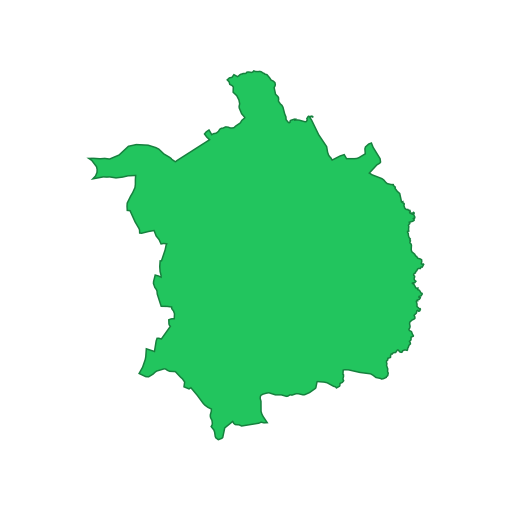 Usiacurí, Atlántico, Colombia (orthographic projection), rotated 61°
{"feature_id": "7082276B65299122871620", "entity_name": "Usiacurí", "entity_type": "district", "adm_level": 2, "iso_a3": "COL", "parent_name": "Colombia", "parent_adm1": "Atlántico", "projection": "orthographic", "projection_center": [-74.979, 10.736], "detail": "fine", "context": "isolated", "style": "filled", "palette": "green", "viewbox_px": 512, "rotation_deg": 61, "n_neighbors": 0, "source": "geoboundaries", "source_scale": "gbopen_adm2", "svg_char_len": 6125}
<svg xmlns="http://www.w3.org/2000/svg" viewBox="0 0 512 512"><g transform="rotate(61 256 256)"><path d="M260.1,101.3L258.9,103.3L256.3,106.1L254.5,106.8L251.4,107.4L249.3,108.4L241.4,115.0L238.4,116.7L234.9,106.1L234.8,102.8L234.2,101.5L231.0,100.3L217.7,100.9L213.1,100.3L212.7,103.2L213.7,107.4L215.1,108.8L219.6,110.9L219.9,118.4L219.6,120.4L218.7,122.5L214.8,129.6L210.1,129.7L209.3,133.9L209.0,142.9L206.0,143.0L205.0,143.4L203.0,143.6L200.0,143.1L194.6,141.2L180.3,142.4L164.0,141.5L160.4,141.8L161.2,139.4L162.5,138.8L161.3,138.9L160.6,139.6L160.1,141.6L159.3,142.1L159.3,142.8L160.5,145.0L161.9,145.2L162.8,146.9L162.5,147.9L158.2,152.3L156.8,154.3L156.0,156.3L155.7,156.3L155.4,155.3L154.9,156.1L154.2,159.8L154.5,160.8L154.8,160.8L155.6,161.6L155.6,162.2L155.0,162.9L151.3,163.6L148.9,162.4L145.5,162.0L139.0,160.3L136.7,160.3L134.9,161.0L131.4,161.3L129.9,160.2L128.2,159.5L127.0,159.6L124.0,160.5L117.5,158.5L116.4,156.8L115.4,156.0L113.5,155.4L111.4,156.1L109.5,157.5L106.8,157.7L102.7,158.5L101.1,160.2L100.3,160.3L99.7,160.9L97.3,162.2L96.3,163.3L95.8,164.7L94.4,167.0L93.0,168.2L93.5,169.6L93.4,170.8L91.6,173.1L90.8,174.7L91.2,175.7L91.3,176.6L90.1,178.9L90.1,179.9L89.7,180.8L89.7,182.5L90.0,183.4L90.2,185.2L86.7,187.4L88.1,190.4L87.3,192.9L88.0,195.8L90.6,195.1L93.2,195.7L95.5,194.2L97.1,193.9L101.7,196.6L106.5,195.1L111.3,195.3L115.0,196.5L116.9,198.2L118.4,198.9L124.6,199.6L129.3,198.6L129.8,199.1L130.5,202.6L132.0,205.2L132.5,210.8L133.1,213.1L132.4,215.0L131.4,216.6L129.9,217.8L128.8,219.3L128.3,220.2L128.2,222.9L127.5,224.4L127.6,226.3L128.8,228.4L129.3,231.2L128.4,233.9L128.4,235.9L123.0,236.0L123.3,239.3L124.3,241.9L128.2,241.4L131.8,240.2L134.2,278.8L134.5,280.4L134.4,280.9L130.5,282.9L129.7,282.9L127.7,283.8L122.1,287.1L115.4,289.2L112.6,291.1L106.8,296.6L100.5,306.7L98.2,314.4L101.3,326.8L100.2,337.1L97.3,341.0L95.4,345.2L91.9,350.6L89.6,354.9L92.8,353.3L100.6,352.2L103.3,353.0L105.8,354.5L108.2,357.5L109.4,361.3L112.8,351.1L114.6,348.3L115.9,345.6L119.8,340.6L122.3,334.4L123.8,329.1L127.2,322.2L130.6,324.4L134.9,326.8L137.5,328.7L140.8,333.1L142.9,336.7L147.3,343.0L150.0,344.7L153.7,346.5L155.3,344.2L167.6,345.2L175.4,345.0L176.9,345.3L179.5,346.6L180.6,345.1L182.5,338.0L184.3,332.8L190.1,333.6L194.7,332.8L199.4,333.2L200.3,330.6L202.1,328.2L203.1,329.5L206.6,332.5L214.4,341.0L213.8,342.2L218.6,345.3L223.1,347.4L227.1,348.5L228.5,349.3L226.2,351.0L223.8,353.4L228.6,357.9L230.3,359.0L234.4,359.7L237.2,359.4L238.7,359.6L241.4,360.8L254.0,363.3L257.1,358.0L259.7,354.5L261.2,355.2L264.3,354.8L267.0,355.3L271.2,357.9L269.9,360.6L269.5,363.2L273.3,365.1L274.4,365.3L276.0,365.0L282.7,379.0L280.8,380.9L280.0,382.4L281.9,384.5L290.3,391.1L284.0,396.9L290.6,401.2L292.9,403.1L298.3,409.1L302.1,415.2L308.1,410.9L309.6,408.5L309.4,403.3L308.6,400.2L308.5,398.5L310.1,391.3L310.6,390.3L311.5,389.6L312.9,389.0L315.0,387.4L318.0,382.6L325.5,380.7L327.7,379.9L331.6,379.5L335.5,382.4L339.8,379.0L339.6,376.8L349.4,374.9L359.5,373.6L361.7,373.0L365.1,371.4L368.2,369.2L370.3,370.5L372.6,372.8L373.9,373.6L375.5,374.1L378.4,374.2L381.2,375.3L382.6,376.4L383.4,377.9L387.9,377.2L390.0,377.6L394.0,379.1L395.5,379.3L398.4,378.0L398.9,374.3L398.6,373.1L391.2,366.7L389.4,356.6L391.5,356.6L392.9,356.1L393.5,355.7L395.5,352.6L397.7,351.0L403.6,334.6L403.8,332.1L405.8,329.9L407.2,327.0L399.7,327.6L397.0,327.5L394.3,326.9L385.5,322.1L382.6,321.4L381.2,320.5L380.2,319.3L380.2,316.9L381.0,313.4L381.9,311.0L386.9,306.3L389.7,301.2L393.5,297.4L394.0,296.1L393.9,293.5L395.1,292.0L395.9,287.6L397.1,285.6L400.2,282.2L400.9,280.7L401.4,275.3L400.6,268.3L400.3,267.6L395.7,263.7L395.7,263.0L399.4,257.4L401.4,255.2L407.6,251.3L408.9,249.9L410.4,249.6L410.4,246.2L410.1,245.6L408.2,244.3L408.4,241.8L407.7,240.0L407.4,239.7L405.8,239.7L403.6,237.7L402.1,237.0L401.6,237.3L398.1,235.1L398.4,233.7L400.4,230.3L408.2,221.6L414.6,212.9L416.9,211.5L420.4,210.0L423.3,206.6L424.5,205.8L425.1,203.9L425.3,200.9L424.8,200.5L424.5,198.8L422.5,197.1L420.9,197.0L418.6,195.5L415.1,194.9L413.6,193.7L412.3,193.5L411.0,192.6L410.8,191.2L409.4,190.3L409.9,187.7L409.7,187.3L408.4,186.7L407.2,185.1L407.8,184.4L407.3,183.3L407.3,182.5L408.1,180.7L406.8,178.0L406.8,177.6L407.4,177.1L409.5,176.8L410.6,175.8L410.9,175.0L410.0,173.6L410.3,171.3L411.8,169.6L411.6,169.1L410.1,167.9L409.5,166.8L408.3,165.6L407.7,163.5L406.4,163.1L405.1,163.2L404.5,161.1L402.2,159.7L402.4,157.3L402.0,157.0L400.2,157.1L397.7,156.7L397.1,156.9L396.2,157.6L394.8,158.0L394.2,157.8L393.4,156.3L392.1,155.3L389.8,154.6L388.4,153.6L387.7,150.7L387.8,148.2L387.6,147.3L386.4,146.6L384.7,146.6L384.4,146.2L383.7,143.5L381.9,141.8L381.9,141.0L383.2,140.5L383.4,139.6L383.2,139.0L382.4,138.5L382.2,138.0L381.6,138.0L381.3,138.7L378.2,139.7L376.1,138.5L373.4,137.8L373.0,137.0L373.5,136.4L372.7,136.1L373.1,134.4L372.6,133.1L372.1,132.5L371.0,133.5L370.4,133.0L370.9,130.9L369.8,129.0L369.1,128.9L368.4,129.6L365.3,129.7L363.7,130.9L362.6,129.9L361.9,131.3L361.3,131.7L358.0,131.6L355.6,132.4L355.6,131.5L356.4,130.3L355.6,128.4L354.4,129.0L352.9,128.9L351.9,128.3L351.2,127.3L350.4,127.1L349.4,127.5L348.7,127.2L348.0,126.1L348.1,124.8L347.0,123.7L346.9,122.7L345.7,120.9L345.8,119.4L346.6,118.6L346.6,118.3L345.7,116.9L346.3,116.0L344.6,113.4L344.0,113.6L343.7,114.7L342.9,115.2L341.2,113.7L339.6,113.0L338.3,113.7L336.2,115.7L334.2,115.7L333.4,116.4L331.4,116.3L328.0,117.6L327.3,117.6L325.6,117.1L321.9,114.8L320.5,114.6L319.0,115.0L318.4,114.7L317.7,113.6L316.6,113.8L315.9,112.8L314.0,113.2L311.8,112.7L310.1,111.9L308.8,112.0L307.9,111.5L308.3,110.3L306.5,109.6L304.4,108.1L303.2,107.9L302.5,107.1L302.3,106.0L301.9,105.6L300.8,105.6L301.6,102.1L301.5,100.5L301.2,100.2L299.6,100.4L299.4,100.0L300.0,99.6L300.0,99.2L299.0,98.2L296.4,98.1L295.1,96.8L294.2,97.0L294.2,97.7L295.2,98.0L295.4,98.8L294.9,99.3L293.7,99.4L293.6,100.3L292.6,100.6L292.0,100.3L292.0,99.6L290.7,99.3L290.0,100.5L288.9,100.6L288.2,102.0L286.5,102.7L283.7,102.2L282.3,101.1L281.7,101.1L280.7,101.8L279.6,101.2L279.3,102.5L271.0,100.0L267.9,101.1L264.2,101.6L263.3,100.8L260.7,101.7L260.1,101.3Z" fill="#22c55e" stroke="#15803d" stroke-width="1.5"/></g></svg>